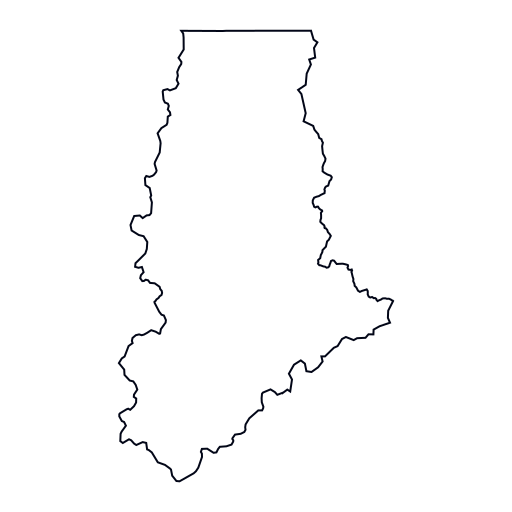 outline of Ravalli, Montana, United States of America
{"feature_id": "52423323B8575592965012", "entity_name": "Ravalli", "entity_type": "district", "adm_level": 2, "iso_a3": "USA", "parent_name": "United States of America", "parent_adm1": "Montana", "projection": "albers", "projection_center": [-114.064, 46.06], "detail": "fine", "context": "isolated", "style": "outline", "palette": "ink", "viewbox_px": 512, "rotation_deg": 0, "n_neighbors": 0, "source": "geoboundaries", "source_scale": "gbopen_adm2", "svg_char_len": 4535}
<svg xmlns="http://www.w3.org/2000/svg" viewBox="0 0 512 512"><path d="M283.1,392.7L287.3,389.6L290.2,391.5L292.0,379.5L288.9,373.7L294.0,364.7L300.8,360.4L304.9,363.6L306.4,371.2L311.5,372.0L318.1,367.3L322.6,361.5L321.4,356.4L325.0,356.4L333.8,347.8L337.6,346.1L342.0,339.0L345.9,337.0L353.7,340.1L357.1,338.2L365.5,337.8L368.5,334.3L373.4,334.4L373.6,329.6L379.7,326.2L390.0,322.7L387.9,317.9L388.2,310.7L393.1,301.0L392.7,300.6L391.8,300.3L390.9,299.6L388.9,298.7L386.9,298.8L385.4,298.3L384.1,298.3L382.5,298.5L380.9,299.6L378.6,300.5L377.6,301.1L376.5,299.9L376.2,298.8L375.0,298.0L373.8,298.2L372.1,297.0L370.2,297.5L368.7,296.6L367.7,294.3L367.8,292.5L367.7,291.0L366.7,289.4L365.9,289.7L363.6,290.4L361.7,291.0L359.9,291.9L358.0,290.7L356.3,287.4L354.7,285.9L354.4,283.7L353.2,281.2L353.4,279.0L352.6,276.6L352.2,274.9L351.8,273.1L351.4,271.9L352.1,270.6L351.7,269.5L350.7,269.9L348.5,269.6L347.5,267.7L348.1,266.0L347.8,265.0L345.8,264.4L342.8,263.7L339.8,263.8L336.7,264.0L335.7,262.8L334.1,260.7L332.6,260.3L331.0,261.0L330.4,262.9L329.8,264.3L329.2,266.4L328.1,267.4L326.6,267.7L325.1,266.7L323.3,266.4L320.5,265.3L319.3,265.2L318.0,263.7L318.4,262.5L318.1,260.0L320.2,258.2L320.8,255.1L321.7,253.4L322.4,251.9L322.5,250.2L324.6,248.0L325.9,246.7L326.3,244.9L327.1,241.4L328.8,239.8L330.8,235.9L329.7,234.1L327.9,232.1L327.2,229.9L325.8,228.3L324.7,228.1L324.4,227.1L324.6,226.3L323.9,225.0L322.9,224.3L321.3,222.9L320.3,221.8L320.5,219.9L321.1,218.3L321.1,216.4L321.1,214.9L320.9,212.9L321.6,211.9L322.2,211.3L322.1,210.5L321.5,210.2L319.9,209.2L318.6,207.8L318.1,206.7L317.1,206.6L315.4,207.4L314.1,206.7L313.6,204.9L312.7,202.9L312.8,200.3L314.1,197.7L316.6,196.7L318.9,196.1L320.8,194.9L323.3,193.7L324.5,193.2L324.8,190.8L324.4,189.4L325.2,187.4L326.2,186.4L328.2,185.6L329.5,181.1L331.1,179.5L331.8,177.2L330.7,175.7L327.4,174.5L324.2,172.6L322.6,171.3L322.7,169.0L322.5,167.1L323.2,165.0L323.9,163.2L325.1,161.1L325.5,158.7L324.3,156.1L322.9,153.7L322.5,150.3L322.1,146.2L322.9,142.7L321.9,140.9L321.5,139.2L319.2,137.9L318.2,134.1L316.0,131.6L314.4,129.6L314.2,128.9L313.2,125.9L303.6,121.3L305.7,113.2L301.4,94.0L298.1,89.9L305.7,84.8L306.7,73.6L310.9,64.5L309.2,59.5L315.2,57.6L314.0,48.0L317.4,42.3L313.6,39.6L311.0,30.7L226.1,30.8L222.8,31.0L181.3,30.8L183.2,33.5L183.6,37.5L183.7,49.5L178.5,57.8L181.4,61.9L181.3,63.3L181.2,64.1L179.2,67.1L177.2,72.0L177.9,75.7L176.7,80.0L178.5,83.7L175.8,88.2L169.9,90.4L167.5,89.1L163.3,90.2L162.7,91.6L163.5,99.6L164.9,102.5L167.9,103.7L168.8,105.9L167.8,109.5L170.0,112.3L170.4,115.0L167.8,116.6L167.4,122.8L166.6,124.8L161.4,128.1L157.6,133.3L160.3,141.0L160.6,143.3L159.9,150.4L159.7,152.5L155.0,162.0L154.6,163.9L156.6,170.5L156.1,172.1L154.0,174.7L152.5,175.8L149.4,176.9L146.3,176.0L144.9,178.2L145.4,185.1L149.7,188.0L151.2,195.5L150.3,197.2L151.9,202.4L151.1,213.2L149.5,215.1L146.6,215.4L142.7,218.1L139.8,215.5L134.2,216.0L130.5,225.0L131.6,230.5L138.8,235.0L143.6,236.2L147.3,242.0L146.8,249.0L145.3,253.5L138.2,260.6L135.5,263.2L135.1,266.8L138.5,267.8L141.9,267.0L143.6,272.2L140.9,275.2L140.2,278.2L142.3,281.1L143.9,281.0L145.7,279.7L148.1,280.3L150.0,282.9L154.7,283.3L159.6,286.8L160.3,289.2L161.7,290.8L162.1,292.9L161.5,295.0L159.6,296.3L158.5,298.0L156.5,299.4L155.4,301.1L154.5,301.7L154.5,302.6L159.2,311.7L161.5,314.7L163.9,315.5L165.9,320.1L165.6,322.6L160.9,329.1L160.1,333.5L159.2,333.8L155.7,331.7L151.2,330.2L147.2,332.8L143.9,334.6L141.7,335.2L139.1,334.4L135.8,335.2L132.5,338.0L131.9,340.9L132.6,343.1L128.6,346.0L124.6,356.5L121.8,358.4L118.9,363.1L124.2,369.6L124.5,374.9L129.7,380.5L133.3,381.4L135.7,384.9L137.3,389.6L134.0,394.6L133.8,396.9L136.2,398.5L136.1,402.5L134.0,406.2L130.2,409.8L128.2,408.7L126.6,409.3L120.0,413.3L119.3,414.2L119.3,416.4L121.8,421.0L124.1,422.0L125.9,425.7L121.7,431.5L120.6,433.8L120.3,441.1L122.8,443.0L129.0,439.3L131.2,440.3L134.1,443.6L136.3,445.0L142.7,442.1L146.2,442.9L147.1,449.4L148.7,450.0L151.8,452.4L157.8,462.3L165.0,464.9L170.2,468.7L171.0,469.6L172.2,475.7L176.4,481.0L179.5,481.3L193.7,473.3L195.9,471.3L198.3,467.7L202.0,457.0L201.9,453.6L200.9,451.9L201.9,448.9L207.2,448.7L213.6,452.8L216.4,452.4L218.1,449.0L219.8,446.8L226.4,446.3L231.5,444.6L233.2,441.6L233.3,440.3L232.3,438.9L232.5,438.2L235.0,434.6L240.7,433.8L244.3,432.0L245.5,429.8L245.2,427.2L245.6,424.4L249.3,418.3L258.3,410.4L262.1,410.4L263.1,408.4L263.4,406.8L261.8,402.3L261.6,398.2L262.0,393.8L262.9,392.6L270.5,389.4L274.9,392.1L277.3,394.8L283.1,392.6L283.1,392.7Z" fill="none" stroke="#020617" stroke-width="2"/></svg>